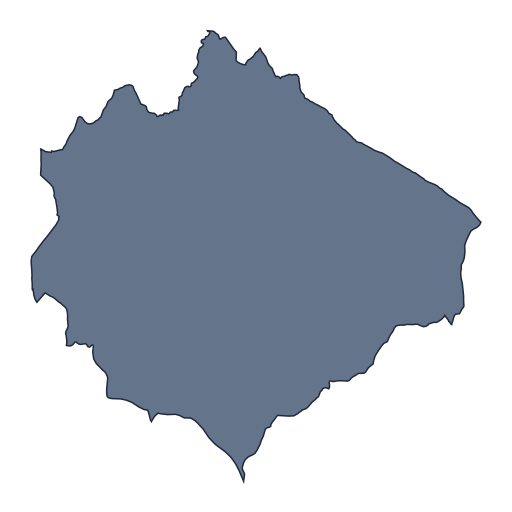 Siachoque, Boyacá, Colombia
{"feature_id": "7082276B99091285549459", "entity_name": "Siachoque", "entity_type": "district", "adm_level": 2, "iso_a3": "COL", "parent_name": "Colombia", "parent_adm1": "Boyacá", "projection": "equal_earth", "projection_center": [-73.22, 5.497], "detail": "fine", "context": "isolated", "style": "filled", "palette": "slate", "viewbox_px": 512, "rotation_deg": 0, "n_neighbors": 0, "source": "geoboundaries", "source_scale": "gbopen_adm2", "svg_char_len": 5896}
<svg xmlns="http://www.w3.org/2000/svg" viewBox="0 0 512 512"><path d="M40.3,148.6L40.8,149.4L41.1,152.5L41.0,160.1L41.2,164.1L40.6,174.7L40.8,175.3L50.1,183.8L52.7,187.0L53.1,188.1L54.3,192.7L54.0,195.5L54.2,196.7L55.6,199.4L56.9,207.2L57.6,212.9L57.0,214.9L59.1,216.4L58.7,217.2L58.8,219.8L56.1,224.6L45.4,238.7L45.0,238.9L38.6,247.2L36.9,249.9L32.3,255.7L31.7,256.8L31.1,261.5L31.8,270.4L32.0,275.7L31.8,278.5L32.2,283.0L32.2,289.1L32.4,289.6L33.0,289.1L33.9,295.3L34.9,298.7L35.9,300.8L36.9,302.3L45.1,292.9L50.6,296.3L52.5,296.9L54.5,298.3L58.5,301.8L60.7,303.2L65.2,307.2L66.4,308.7L67.2,311.7L67.6,315.0L67.5,319.4L68.1,326.1L67.8,327.6L66.0,331.3L65.6,333.7L66.2,335.4L66.8,341.5L66.7,343.4L66.4,345.5L69.0,345.9L70.9,345.8L73.0,344.5L74.9,342.1L76.0,341.9L77.4,343.2L79.2,344.2L80.6,344.4L85.5,343.7L86.7,344.5L87.0,345.3L88.1,346.8L88.8,347.0L89.5,347.1L90.2,346.7L91.7,345.2L92.5,345.0L92.9,345.2L93.2,345.7L93.4,346.5L92.7,352.1L93.7,358.9L96.3,363.6L103.0,370.4L104.9,371.9L106.1,373.7L107.1,375.8L107.7,378.1L106.7,388.9L106.7,393.1L107.0,396.1L108.3,397.7L112.0,398.6L120.6,398.9L126.5,400.2L131.9,402.4L138.9,407.0L144.0,409.5L147.7,410.2L148.8,413.5L150.3,419.5L151.4,421.6L154.2,416.9L155.6,415.3L157.5,413.8L158.0,413.1L160.2,413.7L167.5,414.6L175.6,414.3L179.9,415.6L183.6,417.6L184.6,417.9L190.1,418.0L191.1,418.3L192.9,419.3L195.2,420.8L197.7,423.1L203.1,429.0L208.9,437.6L214.6,443.7L218.6,446.9L225.1,451.6L230.9,457.2L235.6,463.8L239.1,470.6L243.6,481.3L244.6,474.0L242.4,469.2L242.3,467.3L243.5,463.0L245.2,459.7L248.5,456.7L252.0,455.1L255.0,453.3L257.3,449.8L260.2,443.9L261.3,440.4L263.3,436.1L265.3,429.3L266.3,428.2L267.8,427.5L269.3,427.3L270.7,426.4L271.0,424.3L272.0,422.6L277.5,415.4L288.9,416.1L294.0,415.8L298.4,413.2L299.7,411.9L300.9,411.4L301.7,410.3L306.0,408.6L307.6,407.4L312.6,401.6L313.6,401.0L315.6,399.3L316.4,398.2L318.4,396.7L320.5,391.5L321.8,390.5L322.6,388.9L324.3,387.9L326.3,387.8L328.6,388.8L329.4,387.9L329.5,384.9L329.2,382.8L329.4,381.7L330.1,380.9L331.3,380.9L332.5,381.6L334.5,381.4L336.5,380.9L341.1,380.7L347.6,381.1L349.1,380.5L350.2,379.5L351.1,378.2L353.5,376.4L354.9,375.8L358.4,373.4L364.1,373.2L365.6,372.1L367.8,368.6L369.2,367.0L373.2,363.8L373.7,360.4L375.1,356.1L375.9,354.6L378.5,350.4L381.8,345.7L383.9,343.3L387.2,341.7L388.4,339.1L389.3,336.8L391.0,333.9L392.7,331.7L394.5,327.9L396.0,326.0L398.4,325.3L401.6,325.0L403.4,325.2L407.1,324.4L412.7,324.6L417.1,324.1L419.7,325.3L423.5,326.7L426.0,326.3L427.8,325.2L428.9,323.9L433.4,322.4L435.6,322.4L437.6,322.0L441.3,319.5L444.3,316.5L444.7,315.5L448.1,319.8L448.8,321.5L449.9,322.4L451.3,324.5L451.7,324.6L451.9,323.2L452.4,322.2L454.0,316.5L454.7,315.1L455.5,314.2L459.1,313.8L459.9,313.0L461.8,309.2L463.5,307.2L463.9,305.8L463.6,300.5L463.6,295.8L462.3,283.6L461.1,278.0L460.7,273.8L460.9,270.7L461.3,269.1L461.2,265.5L461.4,264.6L463.2,261.3L464.2,258.1L464.6,255.1L464.8,253.7L464.9,248.4L464.6,246.2L465.3,243.3L466.7,239.6L470.1,232.5L471.1,230.9L473.6,229.1L476.4,227.7L478.5,226.1L479.8,224.6L480.9,222.1L480.0,221.4L477.0,218.0L472.7,212.7L471.3,210.4L468.8,207.7L460.0,202.7L456.1,199.9L448.7,195.3L444.4,191.8L442.4,189.8L442.0,189.1L440.0,188.3L437.2,185.9L434.7,184.5L428.7,182.2L425.2,180.4L423.7,178.7L421.4,177.3L415.2,172.8L413.2,172.4L409.5,169.8L406.0,168.1L399.5,164.0L394.3,161.1L389.7,157.5L382.2,153.0L379.7,152.3L374.3,150.3L370.4,147.9L363.0,144.0L362.4,143.3L360.9,142.7L358.6,142.4L356.7,141.8L354.9,139.8L352.8,138.2L352.1,137.0L345.2,130.3L342.8,128.8L337.9,123.9L336.7,123.1L335.9,121.9L334.5,120.4L332.4,116.5L331.9,114.9L328.9,113.4L327.5,111.1L326.3,109.9L324.7,108.6L321.0,106.9L316.8,104.5L314.9,103.8L311.8,101.7L310.4,101.5L307.7,99.2L305.8,98.6L304.5,97.6L304.1,95.4L303.9,94.9L301.4,92.2L300.6,90.6L299.8,87.5L299.8,84.8L299.2,82.2L298.8,77.8L298.5,76.9L296.8,74.7L294.6,74.5L291.4,75.1L289.8,74.4L288.6,74.5L287.6,75.2L286.6,75.2L284.0,76.4L282.2,76.6L281.1,77.4L280.3,78.4L279.0,77.0L277.8,76.4L276.9,76.3L276.0,76.8L274.8,74.9L273.8,72.4L273.2,71.4L272.3,68.4L269.3,65.5L268.7,64.5L267.8,62.7L265.7,56.8L261.7,51.6L260.1,48.2L259.7,48.4L257.7,51.3L255.7,52.6L253.5,56.1L250.4,58.9L248.5,59.8L247.7,60.6L245.9,63.2L245.8,63.9L245.3,64.9L244.2,64.8L240.1,63.5L237.4,61.9L236.4,60.8L236.1,60.0L236.4,52.1L233.9,49.3L225.4,37.2L223.1,37.5L220.4,39.0L219.7,39.1L218.2,34.9L215.5,33.0L214.4,31.9L213.2,31.2L207.4,30.7L207.8,31.4L209.2,31.6L209.7,32.0L209.8,32.7L209.6,33.4L208.0,36.0L207.3,36.5L205.9,36.7L205.5,37.2L205.1,38.6L204.5,39.3L202.9,39.4L201.5,40.2L201.2,41.9L201.4,42.5L201.6,42.9L203.1,43.4L203.4,44.5L202.6,46.3L200.3,47.7L199.2,49.3L198.7,50.6L198.6,52.3L197.6,54.9L197.1,58.4L198.2,60.7L198.4,62.2L198.2,63.3L196.9,67.0L193.8,70.6L193.6,71.5L193.9,72.8L194.3,73.5L195.2,74.6L197.6,76.2L197.7,77.3L197.2,78.5L194.2,81.7L193.2,82.5L191.5,83.2L190.9,86.1L190.1,86.7L189.2,86.8L188.7,86.4L187.8,86.3L186.6,86.5L184.7,87.8L183.5,90.9L182.5,92.6L182.0,95.0L181.4,96.0L179.1,97.2L178.9,97.7L179.3,100.1L178.2,108.0L178.5,110.1L176.4,110.4L174.5,110.2L173.6,110.5L172.5,112.0L170.5,112.0L169.1,113.6L168.3,113.8L167.2,113.3L164.3,113.2L163.8,113.9L163.7,114.7L163.4,115.1L162.3,114.9L161.7,115.5L160.5,115.0L159.9,115.2L158.5,116.3L157.3,116.5L156.9,116.2L156.4,115.0L154.1,113.3L152.3,113.2L148.7,112.3L147.4,110.5L146.8,109.2L146.3,106.7L146.0,106.3L144.6,105.4L140.9,104.0L135.8,92.7L134.3,90.3L133.3,87.1L132.6,86.0L130.9,85.1L129.3,84.8L126.1,85.4L124.2,86.1L122.8,87.4L120.2,88.1L118.1,89.4L114.4,90.2L113.3,94.6L112.0,97.7L111.2,98.7L108.1,101.4L107.6,102.3L106.3,106.2L103.5,109.7L100.8,117.2L99.6,118.0L97.6,120.2L96.0,120.7L94.6,122.1L92.2,123.5L89.0,124.0L86.9,123.2L85.0,121.7L81.7,117.3L79.5,116.6L78.0,117.7L74.7,128.4L73.2,131.3L70.0,135.4L67.3,140.4L65.9,144.2L64.2,146.4L62.5,149.6L61.0,149.7L53.9,151.5L51.6,151.0L51.3,152.4L45.5,151.6L40.3,148.6Z" fill="#64748b" stroke="#1e293b" stroke-width="1.5"/></svg>